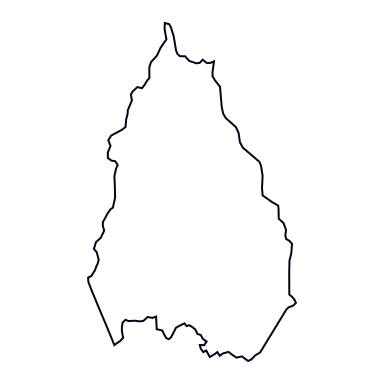 the district of Verdejante, Pernambuco, Brazil
{"feature_id": "56859067B79856734392971", "entity_name": "Verdejante", "entity_type": "district", "adm_level": 2, "iso_a3": "BRA", "parent_name": "Brazil", "parent_adm1": "Pernambuco", "projection": "equal_earth", "projection_center": [-39.001, -7.953], "detail": "fine", "context": "isolated", "style": "outline", "palette": "ink", "viewbox_px": 384, "rotation_deg": 0, "n_neighbors": 0, "source": "geoboundaries", "source_scale": "gbopen_adm2", "svg_char_len": 1954}
<svg xmlns="http://www.w3.org/2000/svg" viewBox="0 0 384 384"><path d="M210.8,62.8L206.9,63.1L202.7,59.7L199.6,62.9L196.3,63.3L189.2,60.9L185.1,56.3L179.9,56.2L177.3,53.7L176.0,50.2L173.7,36.4L171.0,27.5L169.2,24.2L164.8,23.0L164.6,29.1L166.4,39.4L160.6,47.7L157.0,55.5L150.9,62.3L149.3,67.6L149.4,78.0L147.1,80.6L144.8,84.6L142.0,88.2L137.3,87.1L132.9,91.2L130.9,94.5L131.9,100.5L127.8,110.2L127.6,114.0L126.2,119.2L125.5,127.1L121.4,130.1L111.1,135.6L108.3,140.3L110.5,145.9L107.8,152.5L107.9,158.0L111.6,160.7L115.1,161.1L117.7,165.1L116.1,168.5L114.4,176.1L114.7,182.4L115.0,192.2L115.1,197.6L112.9,207.6L110.3,209.5L107.1,214.2L105.2,218.0L102.9,222.0L102.8,225.7L104.2,230.6L100.7,237.9L96.0,242.1L93.9,248.9L96.7,252.2L98.7,259.6L97.8,263.3L96.1,266.9L95.0,270.3L93.2,272.9L91.5,275.9L88.1,277.6L88.4,282.0L91.3,289.6L101.0,313.0L104.4,320.9L114.4,345.1L116.7,343.3L120.0,341.2L123.1,337.8L121.9,330.9L121.9,326.9L122.6,322.6L125.5,319.8L128.6,321.1L134.8,320.7L139.4,321.4L143.4,320.9L147.6,317.0L152.5,317.9L156.1,316.6L156.7,329.2L162.3,330.5L164.4,334.9L166.4,338.2L168.8,339.2L171.2,337.1L176.0,327.7L179.8,325.6L184.5,323.4L186.6,326.1L189.2,325.2L192.4,327.1L195.3,329.5L197.4,333.9L200.8,335.0L202.7,338.7L206.6,341.6L204.1,345.2L199.8,345.0L200.8,348.7L203.3,352.1L206.2,350.5L209.8,357.0L215.1,353.8L217.3,352.1L219.8,355.8L222.8,353.5L228.5,351.9L232.3,354.8L236.5,357.6L242.0,356.4L248.0,361.0L251.3,359.5L255.5,355.2L260.1,352.5L286.3,309.6L288.5,307.4L293.4,305.5L295.9,302.8L294.5,299.8L292.0,296.7L289.3,294.5L289.2,272.8L289.5,260.5L291.3,253.3L292.0,243.8L289.5,241.0L286.1,238.9L285.3,235.3L286.1,230.2L283.6,223.2L278.7,218.6L278.6,209.9L278.2,205.6L271.9,202.0L262.6,195.4L262.0,188.2L262.6,175.8L261.0,165.7L259.4,161.8L242.8,147.6L239.9,142.2L238.6,133.0L235.9,127.1L225.8,118.1L223.1,113.5L221.7,106.6L220.0,86.8L214.9,80.2L212.6,76.3L212.5,72.2L214.0,61.4L210.8,62.8Z" fill="none" stroke="#020617" stroke-width="2"/></svg>